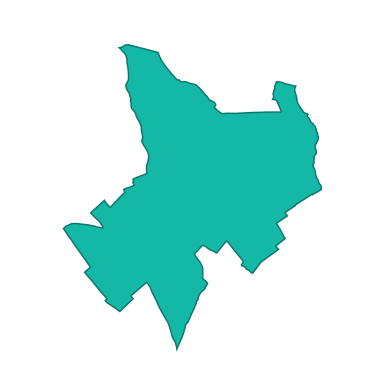 Feresti, Vaslui, Romania, rotated 173°
{"feature_id": "2599482B73897290274237", "entity_name": "Feresti", "entity_type": "district", "adm_level": 2, "iso_a3": "ROU", "parent_name": "Romania", "parent_adm1": "Vaslui", "projection": "orthographic", "projection_center": [27.708, 46.79], "detail": "fine", "context": "isolated", "style": "filled", "palette": "teal", "viewbox_px": 384, "rotation_deg": 173, "n_neighbors": 0, "source": "geoboundaries", "source_scale": "gbopen_adm2", "svg_char_len": 5960}
<svg xmlns="http://www.w3.org/2000/svg" viewBox="0 0 384 384"><g transform="rotate(173 192 192)"><path d="M308.3,125.4L307.6,124.1L305.7,121.2L302.5,116.6L297.7,108.9L295.7,105.6L292.8,101.4L291.0,98.9L290.4,97.9L289.5,96.3L290.3,95.7L291.4,94.7L289.7,92.4L284.7,88.2L282.4,86.2L281.2,85.0L278.2,82.2L278.0,82.4L276.3,83.6L273.8,85.5L269.9,88.4L263.5,93.3L265.3,96.4L248.1,107.8L246.9,106.2L245.3,102.9L244.1,98.5L242.2,92.9L240.8,89.0L239.8,85.6L238.3,81.0L237.0,77.6L231.5,64.5L231.0,62.4L230.7,60.5L230.1,57.2L229.8,55.1L229.6,54.0L229.6,52.8L229.0,50.0L227.5,46.4L226.8,44.4L226.1,39.4L226.1,38.0L218.2,51.7L215.4,58.2L214.7,60.8L211.5,63.8L210.9,64.9L209.9,66.7L209.2,67.7L208.0,70.0L206.8,72.0L205.0,74.6L203.8,76.6L203.3,77.6L201.7,80.4L201.3,81.2L201.1,82.4L200.8,83.1L200.2,83.5L199.6,83.9L199.1,84.6L199.0,84.9L198.9,85.6L199.0,86.3L198.5,86.9L197.6,88.7L196.6,89.8L196.1,90.6L195.7,91.1L192.4,93.2L191.5,94.0L190.5,95.1L190.7,95.6L190.3,95.9L187.6,99.4L189.0,101.7L191.2,103.9L191.8,104.8L192.0,106.0L191.4,107.6L191.3,109.9L190.7,114.2L190.8,116.5L192.5,121.2L195.1,125.5L197.2,130.2L188.2,137.6L187.4,137.4L186.2,137.0L185.1,136.2L183.6,134.6L182.2,133.4L180.8,132.4L179.3,131.5L178.0,130.9L175.9,129.0L174.9,128.5L163.5,139.4L149.4,116.7L150.1,115.7L151.8,113.8L151.8,112.8L149.5,111.9L148.3,110.5L148.1,110.1L147.6,109.5L147.6,108.8L147.2,108.5L146.3,108.2L145.5,107.6L144.8,107.1L143.9,106.0L143.6,105.4L141.8,103.9L138.4,107.5L137.0,108.9L132.0,114.1L113.0,124.6L113.3,125.1L114.0,125.7L114.7,126.5L115.1,127.7L115.3,128.4L114.9,128.5L105.3,134.4L107.6,140.2L108.2,141.9L109.6,145.4L110.5,147.3L112.0,150.6L100.2,156.7L101.2,158.1L102.3,160.2L91.4,165.8L91.6,166.2L84.7,169.6L73.4,175.1L72.9,174.6L63.5,178.5L63.1,180.7L63.1,181.9L63.2,182.5L63.6,183.4L64.2,184.3L64.7,185.0L65.0,186.1L65.2,187.1L65.3,187.9L65.5,188.7L66.0,189.7L66.6,191.2L66.8,191.9L67.0,193.1L67.2,195.2L67.2,196.3L67.4,199.3L68.2,201.4L68.5,202.4L68.7,203.4L68.6,203.9L68.3,204.6L67.7,205.3L67.4,206.0L67.3,206.9L67.4,207.8L67.3,208.2L67.1,208.8L66.9,209.2L66.7,210.2L66.8,210.9L66.7,211.5L66.3,212.6L65.7,213.3L64.5,214.4L64.2,214.8L63.9,215.4L63.8,216.0L63.8,217.1L63.8,218.1L63.9,218.9L64.3,220.2L64.3,220.9L64.3,221.8L64.2,222.6L63.9,223.3L63.4,224.2L62.6,225.4L62.5,225.9L62.3,226.3L61.9,226.5L61.5,226.8L61.0,227.3L60.8,228.1L60.2,229.6L59.9,231.4L60.1,231.5L60.2,231.8L60.2,232.1L60.3,232.5L60.6,232.7L60.6,233.0L60.3,233.7L60.2,234.7L60.4,235.5L61.1,237.2L61.2,237.6L61.1,238.2L61.2,239.3L61.3,240.0L61.5,240.6L61.7,241.6L62.0,242.3L62.6,243.3L63.2,244.1L63.5,245.1L63.7,245.5L64.0,245.5L64.5,245.7L65.1,246.2L65.7,247.5L66.5,250.2L67.2,251.4L67.9,252.2L68.2,253.3L68.3,254.3L67.9,254.5L67.4,254.9L67.7,255.3L68.1,255.5L69.6,256.2L70.8,257.0L71.7,257.9L75.4,265.1L76.3,267.5L76.7,270.4L76.6,272.7L76.8,274.7L77.3,277.3L77.7,279.7L77.5,281.8L76.1,284.6L77.2,284.7L78.8,285.2L82.2,286.7L84.6,287.4L86.4,288.1L88.0,289.1L89.0,289.6L89.6,289.7L90.0,290.0L91.6,290.6L92.8,290.8L93.8,291.2L94.2,291.1L94.4,290.8L94.8,290.8L96.0,288.9L96.8,287.4L97.0,286.4L97.1,285.5L97.2,284.8L97.5,284.0L97.7,283.6L98.4,282.6L99.0,280.9L99.3,280.2L99.5,279.5L99.5,279.0L99.4,277.0L99.5,275.9L100.0,275.0L100.5,274.6L100.8,274.1L99.4,273.8L97.8,273.2L96.9,272.6L96.2,270.4L93.5,261.0L94.2,260.5L98.7,261.1L106.0,261.9L108.8,262.3L110.7,262.5L113.0,262.6L118.8,263.2L124.6,263.7L132.2,264.2L140.1,264.8L141.9,265.1L148.1,265.9L149.8,266.0L152.4,266.0L152.8,266.2L154.5,267.6L157.6,270.8L158.8,272.4L159.2,273.0L159.5,273.5L159.3,274.0L158.2,274.9L157.8,275.5L157.8,275.9L158.2,277.0L159.1,278.3L159.9,279.1L161.3,280.0L163.1,281.0L163.8,282.1L165.8,285.5L166.7,286.7L167.5,287.5L168.8,289.8L171.2,293.3L172.1,294.6L175.0,297.7L175.6,298.1L177.0,298.7L178.7,299.3L179.9,299.6L180.8,300.0L182.5,301.1L184.9,302.2L188.9,302.8L189.8,303.1L190.5,303.8L191.2,304.9L191.9,305.0L192.8,304.6L193.7,306.0L195.2,308.0L197.8,311.7L199.8,314.9L200.2,315.5L201.2,317.0L204.0,321.9L205.4,324.4L206.4,326.7L207.8,330.9L208.8,334.7L210.7,335.4L224.1,340.8L226.5,341.5L227.0,341.9L237.0,345.8L237.8,346.0L239.2,346.0L241.3,345.7L242.5,344.8L243.6,344.3L246.7,344.0L245.7,343.0L244.9,341.9L243.6,340.0L242.7,338.8L241.6,337.3L241.3,336.4L241.0,335.3L240.7,333.5L240.2,332.0L240.0,331.8L240.6,330.7L240.7,329.5L240.6,326.1L240.4,323.1L240.6,318.0L240.8,315.2L241.0,313.6L241.2,312.1L241.7,310.6L242.3,309.7L242.6,309.3L243.9,307.4L244.7,306.1L244.7,305.6L244.5,302.7L244.3,302.0L243.5,300.1L242.5,298.1L242.2,297.1L241.9,295.3L241.5,292.9L241.5,291.9L241.7,290.8L241.9,289.9L242.0,289.2L241.9,288.6L241.7,287.7L241.7,286.8L241.9,284.9L241.9,283.9L241.8,283.2L241.7,282.7L241.5,282.2L241.1,281.4L239.5,279.1L239.0,278.0L238.6,277.2L238.3,275.8L238.1,274.2L237.8,273.3L237.1,271.3L236.0,268.7L235.6,267.7L234.9,265.1L234.5,263.5L234.4,262.6L234.5,261.3L234.7,259.6L234.6,256.9L234.4,256.0L234.3,255.6L234.2,252.4L234.4,251.4L235.5,249.4L235.6,248.9L235.5,248.4L234.3,244.3L233.2,242.2L231.1,237.4L230.8,235.6L230.6,233.2L230.7,232.2L231.0,230.7L231.7,228.5L232.4,226.8L233.2,225.0L233.7,223.7L234.1,222.4L234.5,219.1L234.6,218.2L234.4,217.1L234.3,215.9L243.8,213.5L247.0,212.6L249.1,211.8L248.5,209.4L249.6,209.0L249.0,207.4L248.6,205.6L254.9,203.9L255.4,204.0L257.7,203.5L258.1,203.4L259.5,202.8L259.3,201.9L259.0,200.6L258.7,199.8L263.8,196.0L275.0,186.7L276.9,189.1L278.1,190.8L278.8,191.8L279.7,193.6L279.9,194.4L295.1,183.7L292.8,180.4L290.5,177.5L289.1,176.1L287.8,174.2L287.3,173.7L286.9,172.9L286.7,172.3L284.3,168.1L284.6,167.6L284.9,167.4L285.3,167.4L286.1,167.6L288.3,168.1L290.1,168.7L291.4,169.2L292.3,169.8L297.6,171.5L299.1,172.0L300.9,172.5L304.7,173.3L307.5,174.1L309.9,174.6L312.0,175.0L314.9,175.2L316.1,175.0L318.1,174.3L320.9,173.5L322.1,172.7L324.1,171.3L322.8,169.1L320.1,163.5L319.2,162.0L317.8,159.6L316.6,157.2L314.9,153.8L308.8,142.6L307.8,140.9L304.9,135.3L303.6,132.7L301.8,129.8L306.3,126.9L307.7,125.8L308.3,125.4Z" fill="#14b8a6" stroke="#0f766e" stroke-width="1.5"/></g></svg>